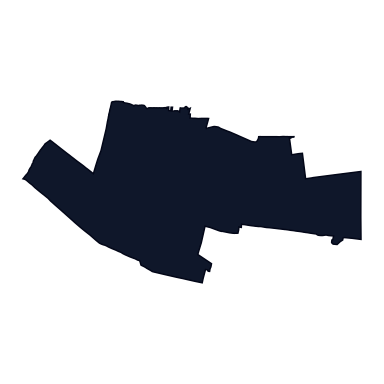 Botosesti-Paia, Dolj, Romania
{"feature_id": "2599482B11798370536777", "entity_name": "Botosesti-Paia", "entity_type": "district", "adm_level": 2, "iso_a3": "ROU", "parent_name": "Romania", "parent_adm1": "Dolj", "projection": "orthographic", "projection_center": [23.228, 44.408], "detail": "fine", "context": "isolated", "style": "filled", "palette": "ink", "viewbox_px": 384, "rotation_deg": 0, "n_neighbors": 0, "source": "geoboundaries", "source_scale": "gbopen_adm2", "svg_char_len": 5922}
<svg xmlns="http://www.w3.org/2000/svg" viewBox="0 0 384 384"><path d="M361.0,239.4L360.8,217.2L360.9,171.5L336.4,174.6L313.1,177.6L311.8,177.9L305.6,178.8L302.4,153.3L299.1,153.6L295.8,154.1L291.7,154.8L289.8,140.7L289.7,140.0L289.6,139.4L289.4,138.7L289.3,138.1L290.3,138.2L292.7,137.0L293.1,137.1L293.6,137.1L293.8,136.9L294.6,136.6L292.3,136.7L289.0,136.7L287.0,136.6L285.3,136.6L283.1,136.5L279.2,136.8L277.1,136.7L270.8,136.7L265.4,136.7L261.5,136.7L260.1,136.6L258.7,136.7L258.5,138.2L258.0,139.4L257.5,140.3L257.1,141.1L255.6,142.1L251.4,141.5L249.2,140.5L240.8,136.8L238.3,135.7L230.3,132.2L226.8,130.9L221.0,128.6L219.8,128.0L218.6,127.2L217.9,127.0L217.2,126.9L215.4,126.6L214.1,126.5L212.7,126.8L209.9,127.5L207.9,128.0L205.7,128.8L205.8,128.7L208.6,118.5L207.6,118.4L204.9,118.4L202.4,118.4L199.6,118.5L198.4,118.6L197.4,118.5L195.1,118.3L194.4,118.3L193.9,118.3L193.0,118.3L191.7,118.2L190.1,118.1L190.3,114.1L188.7,114.0L190.2,108.3L189.4,108.7L188.8,108.5L188.5,108.3L188.3,108.3L188.2,108.5L188.1,109.0L188.0,109.4L187.8,109.4L187.9,109.1L187.9,108.8L187.9,108.4L187.8,108.0L187.7,107.9L187.3,107.9L187.2,107.9L186.9,107.0L186.4,106.6L185.8,106.6L185.2,106.9L184.9,107.6L184.3,107.9L183.3,108.1L182.2,108.1L180.9,108.1L180.3,107.9L180.0,109.1L180.0,109.5L179.7,110.9L179.6,112.0L179.3,111.8L177.8,110.8L176.7,110.8L175.6,110.8L174.6,110.8L173.8,111.1L172.8,111.1L171.8,110.9L172.1,110.1L172.3,109.0L172.5,107.2L171.1,107.2L170.8,110.8L168.6,110.5L168.7,107.0L167.0,107.2L167.0,107.7L166.9,108.4L166.6,108.5L166.0,107.8L165.4,107.6L163.6,107.8L162.4,107.9L161.2,107.9L160.5,107.9L160.0,107.9L159.4,107.8L158.8,107.9L157.5,107.9L156.7,107.8L156.0,107.9L155.6,107.9L155.1,107.8L154.5,107.8L154.0,107.8L153.5,107.8L153.1,107.8L152.6,107.9L152.3,107.9L151.9,107.9L151.3,107.8L150.6,107.8L149.8,107.8L149.1,107.8L148.6,107.9L148.1,108.1L147.6,108.4L147.1,108.7L146.8,108.6L146.3,108.1L145.7,107.2L145.2,106.6L144.7,106.0L144.5,105.7L143.9,105.4L143.3,105.3L142.4,105.2L141.6,105.1L141.1,105.2L140.7,105.2L140.2,105.3L139.7,105.3L139.2,105.3L138.7,105.5L138.2,105.6L137.9,105.5L137.7,105.4L137.2,105.3L136.5,105.2L136.0,105.1L135.6,105.1L135.3,105.1L134.9,105.2L134.6,105.4L134.3,105.6L134.1,105.8L133.8,105.9L133.7,105.9L133.5,105.7L133.3,105.5L133.0,105.2L132.5,105.0L132.0,104.9L131.7,104.8L131.4,104.6L130.9,104.3L129.4,103.8L128.5,103.6L127.6,103.4L126.9,103.2L126.0,103.1L125.3,103.0L124.5,102.8L123.5,102.5L123.0,102.3L123.0,102.0L123.1,101.7L121.9,101.6L121.4,101.5L120.7,101.5L120.1,101.5L119.0,101.3L118.4,101.3L117.6,101.3L116.9,101.3L116.1,101.2L115.7,101.3L115.1,101.3L114.8,101.4L114.3,101.5L114.1,101.6L113.7,101.6L113.0,101.7L112.7,101.7L112.5,101.8L112.2,101.9L112.0,102.0L111.8,102.1L111.7,102.2L111.6,102.4L111.6,102.5L111.5,102.8L111.5,103.2L111.3,103.7L111.2,104.5L111.0,105.3L110.7,106.5L110.6,107.3L110.4,107.9L110.2,108.6L110.0,109.3L109.8,110.1L109.7,111.0L109.5,111.9L109.4,112.5L109.2,113.0L109.0,113.7L108.9,114.1L108.8,114.4L108.8,114.9L108.7,115.6L108.6,116.2L108.4,116.8L108.3,117.6L108.2,118.3L107.9,119.6L107.8,120.2L107.7,120.7L107.5,121.3L107.5,121.5L106.2,128.9L101.0,150.7L97.8,159.2L95.7,165.9L93.4,173.7L93.0,173.5L92.0,172.6L89.7,170.8L87.4,169.0L86.0,168.0L83.6,166.0L81.5,164.4L79.3,162.8L77.4,161.4L75.3,159.8L73.7,158.5L71.3,156.7L69.2,155.0L66.9,153.3L65.0,151.8L63.2,150.4L61.0,148.7L59.0,147.1L57.3,145.8L56.1,144.8L55.2,144.1L54.0,143.2L52.5,142.0L51.3,141.1L50.1,140.2L49.2,140.9L47.7,142.0L46.2,143.1L45.4,143.6L45.0,144.0L44.3,145.1L43.5,146.2L43.0,146.8L42.4,147.5L41.6,148.6L41.0,149.4L40.3,150.2L39.9,150.9L39.6,151.3L39.1,152.0L38.6,152.8L37.7,154.1L36.9,155.2L36.5,155.9L35.9,156.5L35.2,157.2L34.7,158.2L34.2,159.3L34.0,159.8L33.5,160.7L33.3,161.3L33.2,161.9L33.2,162.4L33.0,162.9L32.6,163.4L32.3,163.8L32.1,164.4L31.7,165.4L31.5,165.8L31.1,166.8L30.7,167.4L30.2,168.0L29.9,168.5L29.7,168.9L29.6,169.1L29.2,169.7L28.9,170.5L28.7,171.5L28.1,172.4L27.4,173.6L26.8,174.2L26.3,174.6L26.0,175.1L25.7,175.6L25.3,175.9L25.0,176.2L24.6,176.8L23.5,178.2L23.0,178.8L24.8,179.3L25.8,179.8L27.2,180.9L29.6,183.0L32.1,184.9L34.9,187.6L39.6,191.5L42.6,193.9L48.1,198.3L49.4,199.7L50.6,201.0L55.2,205.1L62.7,211.7L67.2,215.7L75.1,222.8L80.1,227.1L84.6,230.8L90.1,235.1L96.0,240.3L99.4,243.1L101.2,244.0L103.3,244.8L104.9,245.2L106.5,245.9L108.5,247.0L112.3,248.7L115.8,250.1L118.5,251.4L121.1,252.4L122.7,253.5L125.5,254.9L126.7,255.4L129.6,256.7L133.8,258.3L134.8,258.6L136.0,259.2L137.1,259.8L138.0,260.2L138.8,260.4L139.4,260.4L139.6,260.8L139.7,261.0L140.0,261.4L140.2,262.2L140.7,264.0L141.1,265.2L143.7,266.4L145.5,267.4L146.8,268.3L149.3,269.7L150.5,270.4L151.2,270.8L152.2,271.5L153.2,271.8L164.2,274.4L176.4,277.2L180.7,278.1L195.4,281.4L202.2,282.8L203.1,278.5L205.5,269.5L207.7,269.9L207.8,270.8L208.2,271.1L209.1,271.4L209.6,271.4L210.0,269.0L210.4,268.0L210.6,267.6L210.9,266.8L211.5,263.7L197.8,254.5L198.7,251.2L201.3,242.7L204.5,228.5L205.0,226.2L210.3,227.5L218.7,230.6L219.9,231.0L221.6,231.4L222.1,231.3L228.1,232.5L229.6,232.8L232.7,233.2L234.2,233.3L237.9,233.2L238.6,230.2L238.9,227.0L241.3,227.4L241.5,224.2L243.0,224.5L244.4,224.6L245.1,224.7L247.5,225.1L249.4,225.4L251.5,225.7L253.3,225.9L255.4,226.2L256.5,226.3L257.0,226.3L258.0,226.5L258.7,226.5L259.4,226.5L260.2,226.5L261.2,226.6L262.4,226.8L264.6,227.2L266.5,227.5L269.6,227.7L275.7,228.4L278.2,228.7L280.8,229.0L283.3,229.3L284.8,229.5L285.3,229.5L287.7,229.8L291.2,230.4L291.7,230.4L294.2,230.7L295.1,230.9L295.7,231.0L299.0,231.4L301.3,231.7L304.0,232.2L304.8,232.3L306.0,232.5L307.2,232.6L310.0,233.1L312.7,233.5L316.3,234.0L317.1,234.7L318.1,235.2L318.7,235.3L319.5,235.4L320.8,235.5L322.5,235.5L323.4,235.4L324.6,235.2L326.1,235.0L328.4,235.5L330.3,235.7L333.6,235.9L332.8,239.7L331.9,240.0L331.6,242.3L331.9,243.0L333.1,244.1L337.1,244.5L340.1,241.7L342.7,240.0L342.9,238.2L343.9,237.6L345.9,237.7L352.3,238.3L361.0,239.4Z" fill="#0f172a" stroke="#020617" stroke-width="1.5"/></svg>